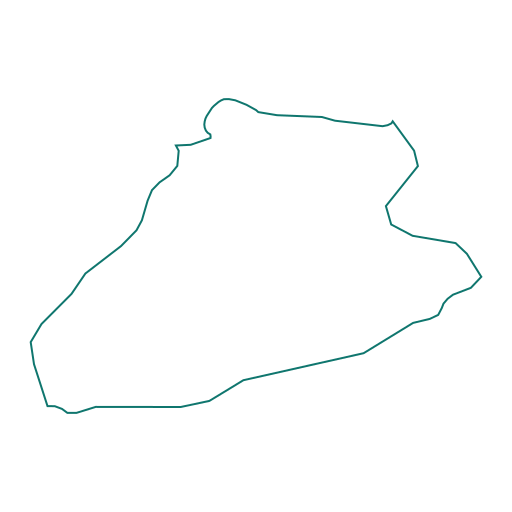 SVG path tracing the border of Imperia
{"feature_id": "ITA-5369", "entity_name": "Imperia", "entity_type": "Province", "adm_level": 1, "iso_a3": "ITA", "parent_name": "Italy", "parent_adm1": "", "projection": "natural_earth1", "projection_center": [7.791, 43.964], "detail": "fine", "context": "isolated", "style": "outline", "palette": "teal", "viewbox_px": 512, "rotation_deg": 0, "n_neighbors": 0, "source": "natural_earth", "source_scale": "10m", "svg_char_len": 953}
<svg xmlns="http://www.w3.org/2000/svg" viewBox="0 0 512 512"><path d="M47.5,406.1L34.0,364.2L30.7,342.1L41.5,324.0L71.5,293.9L85.4,273.5L121.1,246.0L136.5,230.3L141.9,220.3L147.6,200.7L152.0,190.1L159.6,182.3L169.6,175.3L177.3,165.9L178.7,150.8L175.9,145.5L190.7,144.8L210.5,138.0L210.6,136.3L210.3,134.4L207.7,132.8L205.9,130.6L204.7,127.6L204.3,124.5L204.7,121.4L205.5,118.5L206.7,116.0L211.9,108.0L213.9,105.9L218.5,102.0L221.1,100.4L223.9,99.2L228.9,99.1L235.3,100.3L246.5,104.8L256.1,110.1L258.3,112.1L277.0,115.2L321.9,117.0L335.0,120.7L382.6,126.2L387.6,125.2L391.4,123.4L392.7,121.3L414.1,150.7L417.9,166.1L385.9,206.1L391.2,224.5L412.6,235.8L455.6,243.1L466.9,253.8L481.3,276.8L470.9,287.8L453.0,294.7L447.7,298.7L443.5,303.6L441.8,308.0L438.2,314.9L429.8,318.9L413.1,322.9L363.6,353.2L243.4,380.2L209.4,400.9L180.7,407.0L95.7,406.9L76.4,412.9L67.4,412.9L62.0,408.9L54.8,406.2L47.5,406.1Z" fill="none" stroke="#0f766e" stroke-width="2"/></svg>